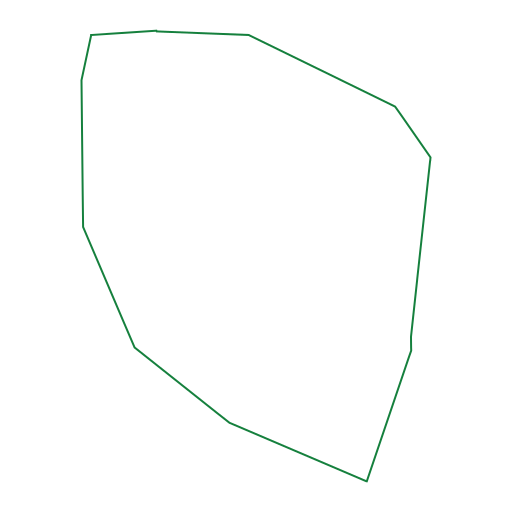 Forestiere, Castries, Saint Lucia
{"feature_id": "8701671B66587320665101", "entity_name": "Forestiere", "entity_type": "district", "adm_level": 2, "iso_a3": "LCA", "parent_name": "Saint Lucia", "parent_adm1": "Castries", "projection": "natural_earth1", "projection_center": [-60.956, 13.977], "detail": "fine", "context": "isolated", "style": "outline", "palette": "green", "viewbox_px": 512, "rotation_deg": 0, "n_neighbors": 0, "source": "geoboundaries", "source_scale": "gbopen_adm2", "svg_char_len": 518}
<svg xmlns="http://www.w3.org/2000/svg" viewBox="0 0 512 512"><path d="M411.1,350.9L411.2,350.4L411.1,347.4L411.0,336.7L417.1,280.4L417.2,279.2L430.1,160.9L430.2,160.7L430.5,157.4L401.9,116.2L395.1,106.6L345.5,82.3L249.9,35.6L248.8,35.0L166.5,31.8L156.7,31.4L156.4,30.7L141.3,31.7L91.1,35.0L91.1,35.4L90.9,36.4L81.5,80.2L82.7,194.4L83.1,227.0L123.4,321.4L134.3,346.8L134.6,347.5L217.3,413.2L229.5,422.8L366.2,481.2L366.8,481.3L408.3,358.9L409.3,356.0L411.1,350.9Z" fill="none" stroke="#15803d" stroke-width="2"/></svg>